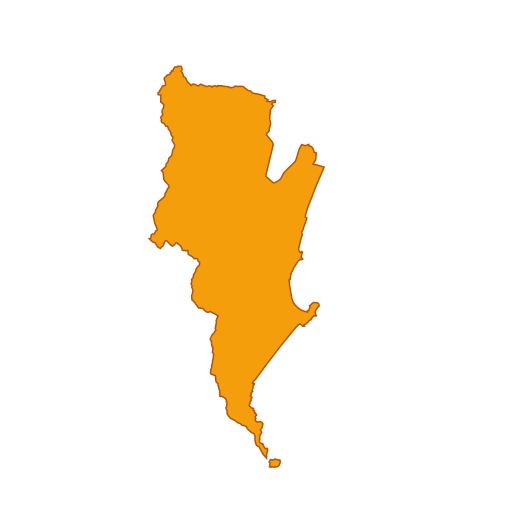 Phu Loc, Thừa Thiên - Huế, Vietnam, rotated 70°
{"feature_id": "81297802B61067118889021", "entity_name": "Phu Loc", "entity_type": "district", "adm_level": 2, "iso_a3": "VNM", "parent_name": "Vietnam", "parent_adm1": "Thừa Thiên - Huế", "projection": "mercator", "projection_center": [107.975, 16.288], "detail": "fine", "context": "isolated", "style": "filled", "palette": "amber", "viewbox_px": 512, "rotation_deg": 70, "n_neighbors": 0, "source": "geoboundaries", "source_scale": "gbopen_adm2", "svg_char_len": 6082}
<svg xmlns="http://www.w3.org/2000/svg" viewBox="0 0 512 512"><g transform="rotate(70 256 256)"><path d="M375.1,338.0L376.0,337.5L376.1,336.1L377.1,335.2L379.1,333.7L381.0,333.0L383.0,333.8L384.4,333.4L387.3,335.1L388.4,336.3L391.5,336.2L394.5,337.1L397.1,336.6L399.7,335.5L404.1,331.5L406.5,330.1L408.0,328.2L410.3,326.9L412.5,323.7L416.5,322.8L420.8,320.4L422.2,318.6L425.5,318.6L428.5,320.0L433.6,320.4L434.6,320.0L436.2,318.5L445.2,317.0L449.6,315.2L446.9,314.1L445.9,314.0L442.8,311.6L440.8,311.1L440.4,311.4L440.3,313.2L436.5,314.0L435.4,313.7L434.9,314.2L434.5,314.2L434.4,314.8L432.5,316.2L430.8,316.1L430.1,315.4L429.5,315.5L429.1,315.0L427.6,314.5L425.4,313.2L424.0,311.1L420.9,311.2L419.4,309.0L416.0,306.9L414.7,307.1L413.5,308.1L412.9,308.8L412.7,311.2L412.2,311.5L412.0,312.2L410.4,312.8L409.6,312.9L408.4,311.6L406.8,311.9L405.8,309.9L405.2,309.7L404.1,310.4L403.4,310.2L403.3,310.8L402.9,311.0L400.8,310.4L399.9,311.3L398.4,310.4L397.0,312.4L394.4,313.6L393.4,313.0L392.4,311.9L391.4,311.8L390.8,311.4L390.2,309.9L388.7,309.6L387.7,308.3L386.9,308.2L386.4,308.9L385.3,309.1L384.8,308.0L383.9,307.5L383.4,307.8L382.9,307.3L382.3,306.4L382.5,305.9L382.3,305.5L381.5,305.9L378.7,303.8L377.7,303.7L375.6,301.2L375.0,301.4L375.2,302.4L374.3,302.8L373.5,302.2L371.0,297.5L361.7,283.6L349.0,263.7L336.6,242.8L335.2,239.7L334.9,237.6L338.0,236.1L338.5,234.6L337.9,234.8L337.2,234.4L336.8,231.4L335.9,230.4L335.9,229.4L335.0,228.5L334.7,227.5L334.8,226.1L333.7,225.5L333.4,224.4L332.5,223.7L332.5,222.9L332.0,222.3L332.9,220.4L332.7,219.6L331.3,220.1L329.3,219.6L328.8,219.7L328.1,219.3L326.3,216.7L325.6,216.1L324.7,213.8L322.7,213.4L321.4,214.1L320.5,215.3L319.4,217.9L320.1,220.3L320.8,221.1L320.9,222.6L322.4,222.8L325.4,225.2L324.9,226.3L326.3,226.8L324.0,230.2L322.0,232.2L319.2,234.2L315.3,236.1L312.5,236.8L308.2,236.9L295.2,234.5L292.7,233.9L291.4,233.2L290.3,233.6L289.7,233.2L289.6,231.9L284.9,229.3L283.2,227.8L280.3,224.8L275.2,218.3L274.5,215.9L275.0,214.4L274.9,213.2L274.1,213.1L273.4,214.0L272.4,214.0L269.8,212.3L269.0,211.2L268.1,211.0L267.4,211.5L267.9,212.9L267.2,213.7L265.0,213.8L263.5,213.3L254.6,207.4L252.1,205.4L248.8,204.8L247.6,203.0L246.2,202.1L238.4,195.5L237.6,195.3L236.6,196.4L234.3,195.4L227.7,190.4L210.4,175.2L195.8,161.6L191.1,167.8L189.3,171.2L186.0,167.0L179.8,164.1L178.3,165.9L174.7,165.7L172.7,166.2L171.5,167.1L171.2,168.4L169.1,168.3L169.2,172.0L166.9,175.0L170.7,179.1L178.8,185.1L180.6,186.8L185.3,197.2L187.7,201.8L191.5,205.9L192.4,207.5L193.2,210.5L193.5,213.9L192.6,215.1L184.3,219.6L157.5,201.9L155.9,201.6L154.2,201.8L145.6,204.7L145.1,204.7L143.0,200.8L141.4,200.4L137.5,197.4L136.2,196.8L131.4,196.2L130.6,195.5L128.7,195.1L127.1,193.7L125.8,193.6L124.9,192.7L123.7,192.7L120.6,188.3L118.7,189.3L117.6,188.3L118.3,185.4L116.4,184.5L115.7,187.0L115.9,189.9L114.4,192.8L113.2,191.3L110.7,193.8L108.7,193.0L104.8,198.3L101.6,203.6L99.3,204.5L98.0,206.5L94.2,209.1L92.8,209.8L92.2,210.6L91.2,212.5L90.3,215.6L89.1,217.5L89.5,218.1L89.7,219.9L89.2,222.4L87.5,224.1L84.9,229.4L84.4,229.8L82.8,233.9L83.6,234.7L81.9,236.3L81.7,238.5L82.3,239.6L81.4,239.9L80.8,240.5L80.0,242.1L80.0,243.9L79.5,245.0L75.8,248.9L75.6,249.5L76.4,251.5L76.4,252.3L73.9,254.6L73.2,255.6L72.9,256.8L73.6,258.7L72.1,259.1L70.2,260.3L68.1,261.1L66.1,261.0L64.3,261.4L62.4,262.8L59.8,262.4L57.9,262.7L56.8,263.3L56.2,262.2L55.5,261.7L52.6,261.3L51.9,261.9L51.5,263.6L50.8,264.8L51.4,265.6L50.6,267.7L52.4,270.0L53.6,270.5L53.6,271.2L53.1,271.7L53.1,272.0L54.4,272.9L54.6,274.0L55.4,274.1L55.8,275.2L55.6,276.6L56.0,277.6L55.7,278.3L56.6,279.0L57.1,280.8L58.2,281.8L62.2,281.8L64.4,282.7L64.8,283.5L64.3,285.4L64.5,286.0L66.8,288.6L67.6,290.0L68.5,290.3L69.2,292.3L70.9,292.8L72.3,290.4L78.7,292.9L82.0,290.9L82.8,290.9L85.8,292.8L86.2,293.7L87.5,294.6L88.6,295.1L91.5,295.3L92.9,297.9L93.6,298.2L95.1,298.1L96.7,298.9L98.5,298.8L99.9,297.0L103.1,296.4L103.7,295.1L104.4,294.7L107.0,294.9L108.2,294.3L111.1,293.9L113.5,294.3L115.9,293.4L118.0,294.9L119.0,295.3L123.5,294.4L126.0,295.5L127.6,297.7L132.7,300.8L134.4,304.5L137.3,306.4L138.7,308.9L140.7,309.9L141.3,310.7L143.4,315.7L145.0,314.9L146.5,314.9L152.2,316.4L154.9,315.9L159.2,314.0L161.5,314.0L162.7,316.4L164.1,317.1L164.3,317.9L165.3,318.8L166.1,320.1L168.1,320.9L169.5,322.7L170.1,325.1L170.8,326.3L171.3,328.3L172.5,330.0L173.9,330.9L175.5,331.0L178.4,334.5L180.2,335.5L182.4,338.4L183.0,338.8L190.9,339.9L194.7,339.6L197.8,339.8L198.1,341.5L200.6,344.2L200.0,345.9L200.2,347.2L202.6,348.2L203.5,349.3L203.3,350.4L207.3,348.4L209.4,346.1L210.8,346.0L211.6,345.5L213.5,345.5L216.2,343.4L214.5,339.7L211.4,336.9L210.7,335.7L211.4,334.5L216.4,332.5L218.2,331.1L217.4,328.5L216.2,326.5L216.6,325.5L218.4,325.1L219.5,324.0L222.6,323.0L225.1,323.3L226.0,322.6L226.3,320.9L227.3,320.2L227.4,318.1L231.3,319.0L234.9,316.1L237.3,315.0L237.7,314.4L237.9,312.9L238.8,312.1L239.7,311.9L240.8,312.2L242.8,311.1L245.2,312.3L245.7,313.7L247.7,316.7L249.8,318.0L252.4,321.2L254.7,322.4L256.2,324.7L257.8,324.9L259.7,326.4L262.1,326.4L263.7,327.1L266.5,326.9L268.6,328.0L271.7,330.3L275.5,331.2L276.0,330.5L277.1,330.4L278.8,329.4L281.1,329.0L281.6,328.5L284.1,328.1L285.5,327.4L285.7,326.1L286.5,325.5L287.2,323.8L289.9,322.8L292.2,321.1L292.7,319.8L292.5,318.4L292.9,317.6L294.6,316.3L295.3,315.3L299.2,312.2L303.0,315.5L304.6,315.8L310.2,319.1L311.8,319.0L313.5,321.3L315.2,324.4L318.6,327.6L320.9,327.2L325.6,328.3L326.4,327.8L327.3,328.3L328.1,328.0L331.8,330.0L332.7,329.5L334.3,329.4L335.7,330.5L336.5,330.6L338.5,331.8L339.1,332.5L340.9,333.1L344.1,335.3L345.8,335.9L347.6,337.5L349.9,338.7L351.2,338.8L352.0,338.3L354.5,335.0L359.3,336.4L361.4,336.4L362.6,335.4L365.3,336.1L366.3,335.8L368.0,336.3L370.2,336.1L371.3,336.7L372.7,336.8L375.1,338.0ZM458.0,303.7L456.2,303.3L456.1,303.8L455.4,304.1L455.2,305.2L453.5,307.2L453.2,308.0L453.7,309.0L453.5,309.9L452.8,310.9L452.7,311.9L452.3,312.1L453.7,313.9L454.3,314.1L455.2,313.6L455.8,313.7L458.5,315.4L459.0,315.2L459.7,314.4L459.3,313.2L460.4,311.9L461.4,307.6L460.3,305.6L458.0,303.7Z" fill="#f59e0b" stroke="#b45309" stroke-width="1.5"/></g></svg>